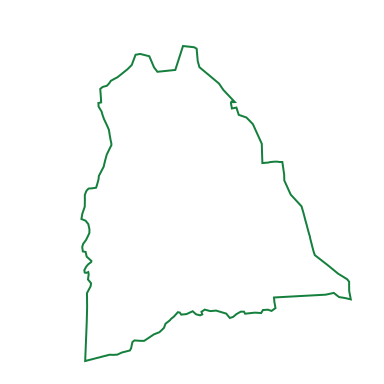 Matazu, Katsina, Nigeria (Mercator projection), rotated 259°
{"feature_id": "59680162B62360966111253", "entity_name": "Matazu", "entity_type": "district", "adm_level": 2, "iso_a3": "NGA", "parent_name": "Nigeria", "parent_adm1": "Katsina", "projection": "mercator", "projection_center": [7.633, 12.236], "detail": "fine", "context": "isolated", "style": "outline", "palette": "green", "viewbox_px": 384, "rotation_deg": 259, "n_neighbors": 0, "source": "geoboundaries", "source_scale": "gbopen_adm2", "svg_char_len": 2184}
<svg xmlns="http://www.w3.org/2000/svg" viewBox="0 0 384 384"><g transform="rotate(259 192 192)"><path d="M337.5,162.8L328.2,157.1L324.8,152.1L318.8,140.6L318.0,137.8L316.6,133.5L314.7,131.7L312.5,128.7L312.2,124.4L310.7,121.6L302.2,120.6L297.3,119.9L297.2,117.1L293.7,116.6L288.2,118.6L284.5,118.9L280.5,119.5L272.2,121.6L268.8,122.3L263.8,122.1L258.2,122.0L254.9,122.1L253.3,121.8L251.2,120.1L244.9,115.4L239.6,112.8L235.7,111.0L233.8,110.2L225.5,103.6L222.3,102.7L218.1,100.6L215.6,99.3L214.5,98.6L214.7,94.5L215.1,91.1L214.0,89.5L212.9,88.3L209.5,86.2L204.0,85.2L203.1,85.0L198.0,83.9L191.6,80.2L186.6,78.3L184.1,82.1L180.2,84.1L175.0,84.2L171.5,83.5L169.3,82.0L165.1,78.8L161.8,75.2L159.1,73.8L158.5,73.7L154.5,73.5L153.5,76.1L148.5,76.3L147.3,77.3L143.5,80.1L142.5,79.7L140.8,76.3L138.9,73.9L135.8,71.4L133.4,71.3L132.8,72.8L133.2,74.9L131.0,74.9L126.0,73.2L121.7,75.5L118.8,74.5L112.8,69.6L99.1,67.1L84.6,63.9L46.5,54.9L48.0,80.2L47.6,81.6L47.2,83.4L46.6,87.6L47.8,92.4L48.3,100.8L50.2,102.4L56.1,104.9L57.3,107.2L55.9,112.3L55.0,116.6L59.5,127.4L60.6,133.3L63.9,138.5L67.8,140.9L70.2,145.7L71.5,147.3L73.1,150.4L76.7,155.2L76.0,157.0L73.7,158.0L73.2,163.3L74.8,169.9L71.2,172.6L69.4,176.4L69.9,178.7L72.6,178.4L74.1,182.1L71.6,187.2L71.0,193.0L68.5,197.8L66.1,202.4L61.1,205.1L61.6,208.7L63.7,212.4L65.2,217.0L64.6,220.2L62.4,220.9L61.6,230.6L60.0,236.8L62.6,239.1L62.0,244.0L60.1,247.4L62.1,251.8L68.7,251.9L72.8,252.4L69.7,274.9L65.7,303.7L65.9,311.9L60.8,316.3L58.8,321.8L56.3,327.4L64.9,327.4L73.9,329.1L76.7,327.7L83.9,319.9L94.5,311.1L106.6,300.5L110.4,300.0L116.2,299.6L118.7,299.5L120.0,299.4L123.3,299.2L125.9,299.2L130.1,298.8L133.0,298.6L135.8,298.4L137.7,298.3L139.1,298.2L142.4,297.9L149.2,297.5L157.0,296.8L170.6,288.4L185.8,284.8L191.5,285.8L204.2,286.4L204.7,283.8L205.6,281.2L206.1,278.2L206.5,274.1L206.3,273.0L207.0,266.6L226.1,269.7L247.0,264.7L254.8,259.6L258.8,252.6L266.4,251.7L266.4,247.1L272.1,247.2L273.2,248.0L272.4,249.2L272.1,251.2L286.1,242.3L293.3,239.2L313.1,223.1L319.4,222.6L331.8,223.9L333.7,221.7L337.0,211.0L315.0,198.9L316.6,181.0L321.6,178.5L333.4,176.0L337.4,167.5L337.5,162.8Z" fill="none" stroke="#15803d" stroke-width="2"/></g></svg>